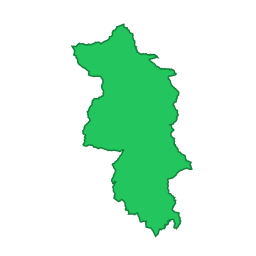 outline of Tenango de Doria, Hidalgo, Mexico, rotated 101°
{"feature_id": "50627088B36443984556774", "entity_name": "Tenango de Doria", "entity_type": "district", "adm_level": 2, "iso_a3": "MEX", "parent_name": "Mexico", "parent_adm1": "Hidalgo", "projection": "albers", "projection_center": [-98.207, 20.337], "detail": "fine", "context": "isolated", "style": "filled", "palette": "green", "viewbox_px": 256, "rotation_deg": 101, "n_neighbors": 0, "source": "geoboundaries", "source_scale": "gbopen_adm2", "svg_char_len": 5760}
<svg xmlns="http://www.w3.org/2000/svg" viewBox="0 0 256 256"><g transform="rotate(101 128 128)"><path d="M58.4,198.5L61.9,195.3L65.0,194.8L66.5,195.3L66.9,194.7L67.1,192.7L69.0,192.3L70.0,190.7L73.4,189.7L74.9,188.1L75.7,186.1L77.0,184.1L77.7,181.1L78.8,179.6L80.0,176.8L80.3,176.6L81.3,177.0L82.8,177.0L83.4,176.6L83.7,176.0L83.9,171.0L83.1,168.9L82.9,167.1L82.5,166.2L82.5,164.7L82.7,164.3L83.4,164.1L85.7,161.7L86.8,161.7L87.5,161.2L88.2,161.1L90.8,161.9L92.4,161.8L94.0,161.1L96.3,159.0L98.6,159.1L99.5,158.6L101.4,158.8L101.7,159.8L102.2,159.9L102.7,160.5L102.9,161.3L103.5,162.1L103.8,162.4L104.3,162.2L104.8,162.4L105.5,165.3L105.4,166.3L106.8,167.5L107.4,167.5L108.0,168.1L108.7,168.2L109.4,168.0L111.0,168.0L111.9,167.6L113.3,168.7L115.3,169.6L117.2,170.0L118.4,169.8L119.1,170.3L119.8,171.1L121.5,170.0L122.4,170.1L123.2,169.4L125.1,169.2L126.3,167.3L127.6,167.1L128.3,166.6L129.2,167.5L130.5,168.1L133.7,170.5L135.7,171.1L136.5,170.8L138.2,171.0L139.0,171.7L141.7,171.2L142.4,170.5L142.8,168.7L143.1,168.3L143.5,168.2L145.2,169.0L145.6,168.9L146.5,167.8L148.1,168.6L149.0,167.8L151.2,168.1L152.8,168.9L153.7,167.9L153.7,165.6L153.1,164.2L152.5,164.0L152.1,163.4L151.9,162.1L152.0,161.0L151.6,159.7L152.1,158.9L153.2,158.1L153.3,157.2L153.0,156.4L153.1,155.3L153.8,154.0L153.6,152.4L152.8,151.7L152.4,150.7L152.9,148.7L152.9,146.9L153.3,146.1L153.3,144.5L153.9,143.4L153.4,142.2L153.2,139.5L152.3,137.3L152.5,135.5L152.2,134.1L152.7,132.1L152.2,130.9L150.6,129.6L150.4,128.3L150.8,128.1L152.0,128.7L155.4,129.3L156.7,130.3L159.2,131.0L160.6,132.1L161.4,132.1L163.9,134.2L165.2,134.6L166.2,136.2L167.0,136.4L168.4,135.0L170.3,133.8L171.0,132.8L172.0,132.0L174.7,132.3L177.1,133.1L178.0,132.9L181.9,134.1L183.4,133.8L184.1,132.6L185.4,132.4L185.3,132.0L184.8,131.9L185.0,131.4L184.8,130.9L183.0,130.7L183.3,129.7L184.9,130.5L186.9,130.8L188.6,131.7L190.0,130.9L193.1,130.1L194.5,128.4L195.4,128.1L197.1,128.5L197.7,127.8L198.6,128.5L199.6,128.3L201.9,123.3L200.9,121.6L199.3,120.6L200.2,118.7L202.1,116.6L205.2,115.8L206.4,114.7L207.0,114.6L208.0,115.1L208.1,114.3L209.1,114.2L208.7,113.6L208.8,112.8L209.0,112.0L209.7,111.6L210.0,111.7L211.2,110.9L212.4,111.1L211.5,107.2L211.7,104.8L210.8,104.5L210.8,103.9L209.6,102.6L212.7,100.8L213.7,99.6L214.8,99.5L217.6,97.9L217.7,96.8L216.7,95.7L216.4,94.6L216.5,92.9L216.1,92.3L216.7,92.2L217.5,92.5L221.8,91.2L221.9,86.3L224.5,83.6L229.0,80.2L226.3,78.3L221.8,77.9L221.1,77.5L221.0,76.9L221.6,76.1L220.0,74.9L219.8,73.1L217.6,72.5L217.0,73.7L215.4,73.1L216.0,71.9L215.3,71.3L215.4,71.0L214.3,70.1L212.6,70.8L212.3,70.2L211.9,70.9L211.6,69.9L211.1,69.0L210.7,70.1L210.3,69.9L210.5,68.9L209.6,68.4L209.1,66.1L209.3,65.8L210.2,65.1L212.1,64.5L212.9,63.3L213.6,63.3L214.4,63.9L216.8,63.9L217.4,62.9L216.8,62.0L216.8,61.5L217.2,61.1L216.3,61.0L215.0,59.8L213.7,59.7L211.9,58.6L210.6,59.0L209.6,58.5L208.0,59.7L206.5,59.6L206.0,60.4L204.1,61.6L203.3,61.8L202.1,61.5L201.8,61.7L201.6,63.3L201.8,65.3L201.5,66.3L200.0,68.8L199.0,69.1L197.4,68.6L197.2,68.8L196.2,68.7L195.4,67.9L194.3,67.8L192.9,67.0L191.3,67.6L189.9,67.4L189.8,67.8L190.4,68.3L189.9,69.3L188.9,69.4L187.4,69.0L187.6,70.0L186.2,70.8L186.2,71.8L185.1,72.9L184.5,74.0L184.7,74.9L184.3,75.7L183.5,76.0L182.8,75.8L181.1,76.5L179.6,77.7L178.8,77.8L177.7,77.4L175.4,78.2L175.3,78.7L174.0,78.0L171.4,79.1L170.6,79.2L168.4,74.6L165.1,71.9L163.1,71.3L160.0,69.0L159.3,67.4L157.5,65.2L156.2,62.6L156.7,59.6L156.6,58.3L156.2,57.5L153.9,58.9L153.3,59.0L152.8,60.0L152.3,60.3L149.7,59.6L149.0,62.9L149.0,64.6L148.1,64.7L147.5,65.6L144.5,66.6L144.1,67.7L143.8,67.9L143.3,70.6L141.7,72.4L141.9,73.6L141.6,74.1L138.8,75.3L138.3,76.3L137.5,76.7L137.0,78.1L136.1,78.0L135.4,78.5L135.2,79.6L132.3,79.9L130.6,80.7L129.4,80.4L129.0,82.4L127.0,84.5L124.5,84.9L123.9,84.3L122.5,84.0L121.9,82.8L121.1,82.7L120.5,83.4L120.1,84.8L117.5,85.9L117.2,86.2L116.8,87.3L115.9,85.6L115.7,84.6L115.1,84.1L113.4,84.0L112.9,82.8L111.4,82.0L109.6,81.7L108.1,82.5L107.6,82.0L105.4,81.2L104.8,81.7L104.6,82.2L102.8,82.8L102.1,82.6L101.3,83.0L101.2,84.1L100.5,85.2L98.9,86.0L98.1,86.8L97.1,87.1L96.8,88.0L96.3,88.0L95.9,88.3L94.4,87.6L93.7,87.6L93.4,86.0L91.7,85.7L90.6,86.2L89.5,85.5L87.8,86.0L86.1,84.7L83.3,85.0L81.4,87.5L81.2,88.2L80.5,88.6L79.9,90.3L79.5,90.5L78.8,92.0L77.3,93.6L75.8,94.7L73.4,95.7L72.3,96.9L72.4,97.5L70.9,98.1L69.3,97.8L68.2,94.5L66.5,91.3L65.7,91.1L65.3,91.5L65.3,92.9L64.1,93.0L63.7,93.5L62.8,93.8L62.4,94.8L62.4,95.9L61.9,96.6L62.1,97.2L63.0,97.7L62.9,98.2L62.1,99.0L62.6,99.9L62.6,101.3L63.0,102.0L62.7,103.0L62.9,103.1L63.3,105.3L63.2,106.5L63.8,106.7L63.6,107.9L62.4,109.5L62.0,111.0L62.2,112.0L60.2,114.0L57.9,119.0L56.6,120.4L55.3,117.7L55.2,117.0L54.3,116.1L54.2,115.0L53.1,114.7L53.2,112.2L52.2,113.1L51.0,115.8L50.9,116.7L51.6,118.9L51.4,119.8L52.2,120.2L51.9,121.4L52.3,122.2L52.4,122.9L51.8,123.9L51.7,124.8L52.4,126.1L52.1,127.2L52.8,127.6L52.7,128.4L53.2,128.6L53.0,129.6L53.2,129.8L51.7,132.6L51.7,133.6L50.1,133.9L49.6,134.8L48.8,134.7L48.5,135.4L47.6,135.6L46.9,135.2L46.6,136.6L45.6,137.2L44.9,137.5L42.2,137.7L41.9,138.2L41.1,138.2L40.5,139.4L39.6,139.8L37.1,141.0L36.0,140.7L35.5,141.2L34.7,141.3L34.4,142.6L34.4,143.7L34.0,144.5L33.0,145.2L32.4,145.3L31.7,146.1L31.8,146.5L31.4,147.3L30.0,147.7L29.9,148.9L30.2,149.7L29.6,151.2L28.6,151.7L27.1,151.7L27.0,152.1L30.4,157.2L30.8,158.3L32.3,158.3L34.6,159.6L35.1,160.0L34.9,160.7L35.2,161.0L37.0,161.6L39.3,161.1L40.5,161.2L41.2,161.8L41.9,163.5L44.4,163.6L45.9,165.0L47.6,167.7L50.5,170.8L49.4,172.4L49.4,173.4L50.1,174.8L49.9,175.9L51.3,177.3L52.2,178.8L53.1,179.6L53.2,181.6L53.5,181.9L53.2,182.8L54.3,183.8L54.1,184.4L54.6,186.0L54.0,186.7L54.2,187.7L53.9,189.0L54.5,190.2L54.5,191.4L54.2,191.9L55.6,193.2L58.0,194.5L58.4,198.5Z" fill="#22c55e" stroke="#15803d" stroke-width="1.5"/></g></svg>